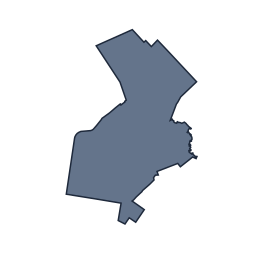 the district of Putineiu, Teleorman, Romania, rotated 341°
{"feature_id": "2599482B88222276928350", "entity_name": "Putineiu", "entity_type": "district", "adm_level": 2, "iso_a3": "ROU", "parent_name": "Romania", "parent_adm1": "Teleorman", "projection": "orthographic", "projection_center": [24.984, 43.91], "detail": "medium", "context": "isolated", "style": "filled", "palette": "slate", "viewbox_px": 256, "rotation_deg": 341, "n_neighbors": 0, "source": "geoboundaries", "source_scale": "gbopen_adm2", "svg_char_len": 1947}
<svg xmlns="http://www.w3.org/2000/svg" viewBox="0 0 256 256"><g transform="rotate(341 128 128)"><path d="M116.8,210.5L108.1,198.4L109.9,197.8L113.5,195.8L120.5,192.7L121.3,191.9L130.6,188.1L135.7,185.6L136.0,183.3L138.5,181.5L141.3,182.3L141.3,178.5L163.5,177.7L164.9,181.7L179.7,176.5L182.4,179.1L183.9,177.4L183.3,177.1L182.7,177.6L182.2,177.3L182.1,176.1L181.6,175.5L181.4,174.8L180.9,174.3L181.2,172.8L180.5,172.5L179.7,173.2L179.2,172.5L178.8,172.2L178.5,171.4L178.0,170.8L178.1,169.7L178.4,169.7L178.4,169.1L178.9,169.1L179.3,169.5L179.3,169.8L179.6,170.0L180.2,169.7L180.4,169.2L180.4,168.8L179.8,168.0L179.6,167.6L179.7,167.4L181.0,166.7L180.9,165.5L180.4,165.4L180.0,165.0L180.3,164.6L181.1,164.8L181.6,164.8L181.7,164.6L181.4,163.8L180.6,164.1L180.3,163.9L180.4,163.6L180.3,163.2L180.5,163.0L181.2,162.9L181.2,162.3L181.7,161.8L181.9,161.0L182.5,160.4L182.8,160.9L183.6,161.1L183.9,160.0L184.2,159.7L184.6,159.8L184.9,159.4L185.4,157.4L184.9,155.9L185.5,155.3L185.4,154.8L184.6,154.8L184.3,154.2L184.8,153.7L184.2,152.9L184.1,152.0L183.3,151.9L183.4,151.7L183.7,151.5L183.7,151.1L183.1,151.0L184.0,150.4L184.1,149.7L185.8,148.4L187.0,149.4L187.6,149.1L187.6,148.9L185.8,146.3L185.3,144.8L184.8,144.0L184.4,142.7L183.2,140.8L180.4,141.1L179.5,140.2L178.7,139.6L177.5,139.2L176.9,138.2L176.2,138.4L175.6,139.3L174.1,138.4L173.3,137.2L173.6,136.0L172.8,135.4L172.7,134.0L172.1,133.8L171.5,134.5L170.4,134.6L181.6,121.1L183.2,120.0L188.0,115.7L207.9,106.6L188.8,63.9L184.5,54.5L176.6,58.6L173.2,51.1L171.0,52.1L164.1,36.4L124.7,39.9L135.4,82.0L135.4,101.1L133.6,101.7L133.5,102.4L128.8,103.9L128.8,103.4L128.7,102.8L128.3,102.8L122.5,104.9L115.5,107.7L106.6,110.4L105.3,111.5L99.1,115.4L94.8,117.9L93.2,118.3L91.8,118.3L82.3,115.9L80.0,116.1L78.2,116.6L76.5,117.6L75.0,119.0L74.3,120.0L48.1,170.5L74.3,184.5L97.0,196.8L88.6,212.3L93.9,217.8L99.9,213.3L104.6,219.6L116.8,210.5Z" fill="#64748b" stroke="#1e293b" stroke-width="1.5"/></g></svg>